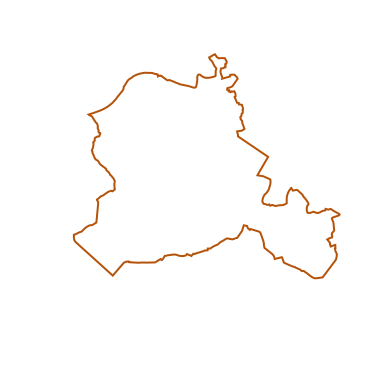 the district of Phachi, Phra Nakhon Si Ayutthaya, Thailand, rotated 337°
{"feature_id": "78962969B2031869857401", "entity_name": "Phachi", "entity_type": "district", "adm_level": 2, "iso_a3": "THA", "parent_name": "Thailand", "parent_adm1": "Phra Nakhon Si Ayutthaya", "projection": "orthographic", "projection_center": [100.735, 14.433], "detail": "fine", "context": "isolated", "style": "outline", "palette": "amber", "viewbox_px": 384, "rotation_deg": 337, "n_neighbors": 0, "source": "geoboundaries", "source_scale": "gbopen_adm2", "svg_char_len": 5935}
<svg xmlns="http://www.w3.org/2000/svg" viewBox="0 0 384 384"><g transform="rotate(337 192 192)"><path d="M65.5,193.0L86.4,238.0L101.8,230.4L102.4,230.4L103.4,230.6L103.8,230.4L106.3,231.0L106.4,231.8L107.5,232.2L107.5,232.5L114.9,236.1L118.4,237.4L123.5,239.6L130.2,242.3L130.7,242.4L136.8,241.4L137.0,241.5L137.4,242.8L137.6,242.9L138.8,242.4L139.8,241.8L141.9,240.2L142.4,240.4L144.5,240.7L150.4,242.3L151.8,242.9L153.0,243.6L154.9,245.4L155.8,246.0L158.0,247.2L159.2,247.6L161.3,248.0L163.2,247.2L164.8,249.0L165.4,249.3L166.4,250.7L169.0,249.4L169.6,249.8L170.9,249.9L171.0,250.2L173.3,250.2L175.3,250.5L178.0,250.7L178.8,250.9L181.0,250.8L181.6,251.1L183.6,251.8L183.8,251.6L184.4,250.2L186.8,251.2L188.6,250.8L191.4,250.4L195.4,250.4L196.3,250.0L199.1,249.1L200.6,249.1L205.1,248.4L205.9,248.4L206.5,248.6L210.7,251.4L215.9,251.8L222.8,247.4L226.7,242.9L229.5,244.9L229.3,245.5L229.3,247.1L230.5,249.5L231.4,249.0L231.6,249.1L237.8,254.3L238.4,254.9L238.9,255.8L239.0,257.3L238.5,265.2L238.1,267.3L237.3,269.4L236.9,271.8L241.7,280.6L242.1,281.9L242.3,283.4L242.2,284.4L242.0,286.0L249.2,287.1L249.3,287.3L249.0,292.9L252.8,297.1L255.8,300.1L257.4,301.4L258.3,302.6L261.3,305.8L261.6,306.2L262.0,307.5L264.0,308.4L266.9,313.1L267.3,314.1L269.3,317.3L270.8,319.0L271.7,319.6L275.8,320.9L279.0,321.6L296.6,311.4L298.1,310.4L299.2,309.0L299.9,308.0L301.1,305.7L301.0,303.1L301.1,301.3L301.6,299.7L301.8,299.6L302.1,299.7L303.2,296.7L302.3,296.6L298.4,296.4L298.6,293.8L298.9,293.7L299.1,292.5L299.0,292.0L298.7,291.3L298.0,288.5L300.4,288.3L301.6,288.3L303.0,288.6L303.5,288.1L303.8,287.6L303.9,286.4L304.4,285.1L305.1,284.4L307.3,283.4L307.8,283.0L308.1,282.3L310.2,275.5L310.3,274.7L310.3,271.1L310.4,270.9L311.2,270.6L312.4,270.5L316.5,270.9L317.8,270.9L318.8,270.7L319.1,270.4L319.1,270.0L314.3,263.8L313.4,262.2L313.0,261.7L311.9,261.7L310.5,261.4L309.5,260.6L308.4,259.8L308.1,260.6L307.8,260.8L307.5,260.9L307.2,260.9L304.5,260.4L302.4,260.7L299.9,260.6L298.5,259.9L296.3,257.8L296.0,257.6L293.1,257.5L291.0,256.8L290.2,256.1L290.5,253.7L291.2,251.9L292.8,249.6L293.8,249.3L294.4,248.8L294.6,248.4L294.7,247.1L294.1,244.0L292.6,239.0L292.7,237.9L289.9,231.6L289.6,231.2L288.6,230.8L285.3,230.1L285.0,227.1L284.8,227.1L282.8,228.2L281.6,229.0L280.4,230.0L279.0,231.4L277.6,233.2L276.8,234.7L276.3,235.7L274.8,239.4L274.2,239.5L272.4,239.7L270.0,239.4L267.4,238.4L263.7,237.6L262.9,237.1L262.1,236.5L260.9,235.3L260.0,235.2L258.6,235.2L258.5,234.8L258.4,233.7L258.1,233.6L256.7,233.5L256.3,233.3L254.9,232.0L253.2,230.7L253.1,229.0L253.1,228.0L253.3,227.6L254.8,225.4L256.1,224.1L257.5,223.0L260.7,221.7L261.7,221.1L262.8,220.3L264.2,219.0L267.0,215.6L267.6,214.6L268.3,213.3L269.0,211.0L263.8,205.4L258.8,202.2L259.6,201.5L275.8,189.4L256.1,158.8L256.7,157.2L257.1,154.0L257.2,153.8L261.8,155.0L263.4,154.8L265.0,154.4L264.9,153.1L265.1,152.0L265.3,148.1L265.9,146.3L265.5,144.5L265.2,144.3L265.6,143.2L265.6,142.1L267.2,141.2L268.3,139.4L269.6,139.0L270.5,137.2L270.5,136.3L271.2,135.9L271.6,135.3L272.0,131.3L269.4,129.6L269.8,128.4L268.4,127.5L268.3,122.4L268.3,121.2L269.5,121.0L270.3,118.7L270.5,117.9L270.3,116.9L270.3,115.8L268.4,115.5L267.6,115.2L267.6,114.9L266.8,114.9L266.4,115.1L265.3,113.9L266.0,113.4L266.0,112.8L265.3,112.7L264.9,112.1L264.4,111.9L264.3,111.7L264.5,111.5L264.6,111.0L265.2,110.2L267.3,110.5L269.0,110.6L270.6,110.4L278.3,105.6L278.3,105.4L278.1,103.7L276.9,100.7L275.2,99.8L273.6,99.3L272.8,99.2L272.7,99.3L272.4,100.4L272.2,100.5L264.0,99.5L264.4,98.9L264.8,97.5L264.7,95.3L265.1,92.9L265.3,92.2L267.0,89.6L269.4,90.3L270.4,90.0L270.9,90.2L271.5,90.2L271.7,89.1L272.3,89.0L272.4,88.4L272.3,88.2L272.5,87.3L272.8,87.1L273.5,87.3L274.2,86.9L274.3,86.7L274.5,85.9L274.9,85.5L274.5,81.6L272.7,80.9L272.2,80.5L268.7,79.3L268.3,78.3L267.5,77.5L267.4,76.0L266.9,75.0L266.9,74.2L265.6,74.2L261.1,74.8L260.4,74.8L260.3,76.7L260.8,77.7L261.7,80.4L261.7,82.0L261.8,84.2L262.2,86.0L262.6,87.3L262.6,87.6L262.5,88.1L262.3,88.5L261.3,89.5L259.1,94.3L258.5,94.5L254.9,94.1L252.0,93.4L249.6,92.4L248.0,91.3L246.9,90.1L245.5,87.7L245.0,86.9L244.7,86.8L243.9,86.5L243.4,86.6L242.4,87.3L241.4,88.9L240.6,91.1L237.9,95.4L236.9,96.7L236.0,97.1L234.7,96.8L233.7,96.1L230.3,93.2L222.8,88.0L221.1,86.1L220.2,85.4L218.2,83.2L215.4,80.5L214.7,80.0L213.4,79.8L212.9,79.4L212.6,79.1L209.6,74.1L209.5,73.5L208.7,73.1L208.4,72.5L208.2,72.3L205.9,72.3L206.4,70.6L205.5,70.1L205.5,69.6L203.9,68.7L201.7,66.8L194.7,63.6L190.3,62.7L187.1,62.4L183.8,62.5L180.7,63.3L178.0,63.7L176.9,64.1L175.8,64.7L171.9,67.5L170.7,68.2L170.1,68.7L169.4,70.0L168.5,71.0L167.5,71.7L160.6,75.3L158.6,76.6L153.3,79.0L148.6,80.3L144.9,80.9L140.2,81.2L132.7,80.8L127.1,80.3L127.5,81.1L129.1,82.9L129.6,83.7L129.8,86.0L130.6,90.3L131.3,91.8L131.2,93.7L131.0,94.8L130.8,95.3L130.2,96.1L130.1,96.6L130.1,97.8L130.2,98.7L129.4,100.2L129.6,101.0L130.5,101.8L130.5,102.2L130.4,102.5L129.4,103.3L128.8,104.1L128.4,104.5L127.9,104.5L127.1,104.1L126.4,104.0L124.2,104.2L123.7,104.5L123.4,104.7L123.1,105.2L122.6,106.5L122.4,106.9L122.0,107.1L121.0,107.3L120.5,107.7L120.3,108.1L120.3,109.1L119.5,110.3L119.1,111.2L117.6,113.1L116.0,114.6L116.0,115.0L116.2,115.5L116.2,115.8L115.7,117.0L115.7,117.7L115.8,120.3L115.7,121.7L115.9,124.2L116.6,125.0L117.7,126.8L118.2,130.2L118.5,131.0L121.9,136.9L121.9,137.3L121.7,138.1L121.8,138.6L122.5,140.2L123.1,141.3L123.3,142.7L123.3,144.0L124.1,145.6L125.1,149.3L125.2,150.2L125.1,151.9L124.9,152.4L124.2,153.4L123.4,154.9L122.5,157.3L122.1,159.2L121.9,159.5L121.3,159.7L119.2,160.3L118.9,160.2L118.1,159.3L114.9,159.1L109.7,160.2L109.1,160.4L106.4,160.4L105.6,160.6L103.9,161.3L101.6,161.8L101.5,162.0L101.4,162.4L101.7,164.4L101.3,165.6L93.6,179.9L92.6,181.6L92.1,182.7L87.4,183.5L86.9,183.4L85.5,182.9L84.7,182.7L83.3,182.8L81.5,183.0L79.7,183.4L74.9,185.3L72.3,185.1L69.6,185.3L67.0,185.3L66.6,185.2L65.4,187.9L65.1,189.2L64.9,190.6L65.0,191.3L65.5,193.0Z" fill="none" stroke="#b45309" stroke-width="2"/></g></svg>